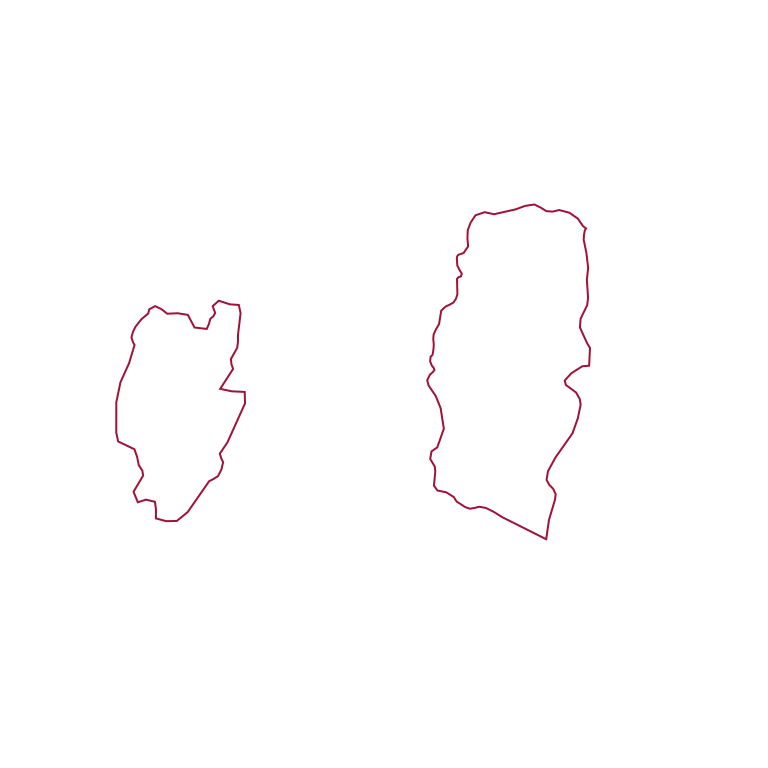 the border of Emberá, rotated 42°
{"feature_id": "PAN-3455", "entity_name": "Emberá", "entity_type": "Indigenous Territory", "adm_level": 1, "iso_a3": "PAN", "parent_name": "Panama", "parent_adm1": "", "projection": "mercator", "projection_center": [-77.827, 8.183], "detail": "fine", "context": "isolated", "style": "outline", "palette": "rose", "viewbox_px": 768, "rotation_deg": 42, "n_neighbors": 0, "source": "natural_earth", "source_scale": "10m", "svg_char_len": 2206}
<svg xmlns="http://www.w3.org/2000/svg" viewBox="0 0 768 768"><g transform="rotate(42 384 384)"><path d="M524.2,233.2L519.5,238.1L516.0,250.8L516.0,260.5L519.8,263.0L532.5,261.8L539.6,264.2L544.0,267.8L551.0,279.8L557.1,294.6L560.6,323.9L564.2,339.0L568.9,346.4L574.3,348.4L579.9,348.7L585.3,351.0L588.4,355.4L597.6,374.7L608.4,390.8L608.2,390.9L560.4,404.0L551.5,405.5L542.7,407.9L536.9,411.5L534.3,415.4L531.3,419.2L526.8,421.1L517.0,422.7L514.3,422.2L511.7,421.3L502.8,422.8L495.0,427.4L489.1,426.1L481.0,415.1L477.1,411.4L468.5,408.8L464.4,402.3L466.0,395.4L458.4,377.2L442.3,364.1L430.5,358.3L418.2,355.3L413.6,352.3L411.9,346.3L412.3,342.9L412.1,339.8L409.9,338.7L407.4,338.4L403.1,336.3L400.4,332.5L400.6,330.1L399.9,328.7L396.8,324.1L394.3,321.1L390.3,317.4L387.7,313.9L386.0,308.4L384.8,302.6L377.5,291.3L377.7,287.7L378.2,284.5L379.6,281.5L381.1,277.0L380.4,272.3L378.4,268.1L367.9,257.0L367.9,254.7L369.2,252.6L367.9,249.9L363.2,248.5L359.2,246.9L353.9,241.7L352.9,240.1L352.9,239.4L352.8,238.3L355.5,233.4L354.4,225.4L348.7,220.1L343.3,213.6L340.4,206.2L339.1,197.4L343.9,188.9L352.2,184.2L364.9,166.2L369.7,157.2L375.6,150.0L382.2,148.1L389.0,146.9L394.0,143.0L397.8,137.5L407.1,132.7L417.4,131.4L426.2,133.5L430.1,133.2L430.5,135.5L432.8,139.3L435.9,143.2L446.5,151.0L458.1,161.2L465.0,170.8L477.9,183.3L482.3,189.6L486.4,203.9L491.8,210.9L507.7,217.8L513.0,219.4L524.0,232.9L524.2,233.2ZM223.2,422.4L230.0,427.3L242.7,445.3L246.8,449.8L250.7,455.3L253.5,467.9L257.6,471.5L261.8,473.8L265.5,497.2L275.6,491.4L285.8,483.1L293.7,491.4L306.7,532.1L308.6,545.6L312.8,548.2L316.7,549.7L320.3,556.1L322.3,563.5L320.7,569.1L319.1,573.2L323.8,610.4L321.7,624.4L313.9,631.7L304.4,636.5L298.6,629.9L292.6,624.8L284.5,629.2L280.2,636.6L270.0,631.7L266.3,613.3L262.6,610.2L255.9,608.3L249.5,603.5L242.2,599.5L224.9,604.6L217.5,599.2L197.3,576.7L187.0,559.1L180.6,539.0L172.5,521.9L169.5,520.9L165.2,518.4L162.6,513.3L161.0,507.8L160.4,498.0L161.6,489.4L159.6,485.5L161.8,479.3L168.5,477.3L175.9,476.8L183.3,469.5L192.0,463.9L205.4,468.8L215.4,461.7L213.8,456.7L211.3,451.7L211.9,447.7L210.9,444.1L204.6,440.8L205.5,432.7L216.2,427.9L223.2,422.4Z" fill="none" stroke="#9f1239" stroke-width="2"/></g></svg>